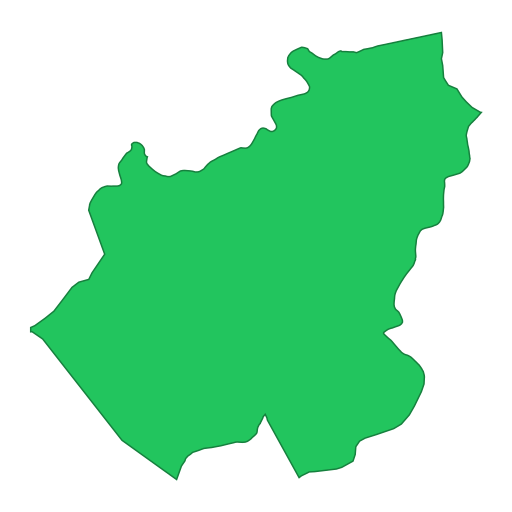 outline of Reunion, Choiseul, Saint Lucia
{"feature_id": "8701671B26165957358131", "entity_name": "Reunion", "entity_type": "district", "adm_level": 2, "iso_a3": "LCA", "parent_name": "Saint Lucia", "parent_adm1": "Choiseul", "projection": "mercator", "projection_center": [-61.044, 13.779], "detail": "fine", "context": "isolated", "style": "filled", "palette": "green", "viewbox_px": 512, "rotation_deg": 0, "n_neighbors": 0, "source": "geoboundaries", "source_scale": "gbopen_adm2", "svg_char_len": 6025}
<svg xmlns="http://www.w3.org/2000/svg" viewBox="0 0 512 512"><path d="M424.3,378.1L424.4,377.0L424.2,375.2L423.6,372.9L423.3,371.7L422.9,370.9L422.3,370.0L421.9,369.1L421.0,367.7L419.3,365.3L418.9,364.8L417.5,363.5L416.6,362.5L414.9,360.9L413.4,359.4L411.0,357.2L409.2,356.1L407.6,355.3L405.2,354.6L403.7,353.9L401.5,352.4L400.6,351.3L399.5,350.2L398.1,348.7L394.1,344.0L392.1,341.6L390.8,340.2L389.3,339.0L388.0,337.9L385.1,335.2L383.9,334.0L383.6,333.3L383.7,332.5L384.3,332.0L386.1,330.6L388.1,329.3L389.1,328.9L390.2,328.5L391.1,328.2L392.2,328.0L394.8,327.0L398.9,325.6L400.1,325.0L400.8,324.4L401.6,323.7L402.1,322.8L402.5,322.1L402.4,320.3L402.0,319.1L401.3,317.3L399.8,314.0L398.8,312.2L397.8,311.2L396.0,309.7L395.2,308.7L394.7,307.5L394.3,306.6L394.2,305.8L394.0,304.5L394.1,302.0L394.5,298.5L394.6,296.8L394.8,295.1L395.2,293.6L395.8,291.9L396.3,290.6L400.0,283.8L401.7,281.0L402.5,279.8L404.0,277.4L405.5,275.3L406.4,274.0L408.8,271.0L410.9,268.3L412.5,266.4L413.3,265.2L414.1,263.4L414.8,261.2L415.5,259.7L415.4,258.6L415.8,257.0L415.8,256.0L415.4,251.0L415.4,249.1L415.7,245.9L416.0,244.1L416.4,239.8L417.0,237.6L417.5,236.4L417.9,235.3L419.8,231.8L420.4,230.8L422.1,229.3L423.1,228.9L425.0,228.2L427.9,227.5L429.7,227.1L431.5,226.6L433.0,226.1L433.7,225.7L436.0,224.9L437.5,224.1L437.8,223.8L438.4,223.3L439.6,221.9L440.2,220.9L440.7,220.0L441.1,218.8L441.4,217.9L442.0,216.0L442.3,215.5L442.8,213.8L443.2,211.2L443.4,209.1L443.6,207.3L443.5,204.3L443.5,201.9L443.4,199.0L443.5,194.9L443.7,192.7L444.0,189.7L444.7,186.5L444.7,185.0L444.6,182.9L444.4,181.1L444.5,180.6L444.7,179.3L445.8,178.0L447.9,176.8L448.9,176.4L453.3,175.2L459.9,173.2L460.8,172.6L462.0,171.8L462.9,171.0L466.7,167.3L467.5,166.2L468.3,164.6L468.9,163.1L469.5,161.6L470.0,158.4L469.7,157.3L469.6,155.7L469.2,153.4L469.0,151.0L468.3,147.4L468.0,146.2L467.6,144.4L467.4,142.6L467.2,141.4L466.8,138.4L466.4,136.7L466.2,135.5L466.4,134.2L466.9,131.8L467.7,129.1L468.5,126.5L468.7,126.2L470.9,123.5L471.9,122.5L472.3,122.2L474.0,120.4L474.4,120.1L476.4,117.9L476.9,117.5L477.5,116.8L477.7,116.5L481.3,112.4L480.2,112.2L472.0,107.4L466.3,101.9L461.9,97.0L456.9,88.9L453.1,87.3L448.4,85.3L445.5,80.8L443.6,77.6L442.7,65.6L441.4,58.7L442.7,52.6L442.1,39.9L441.4,32.5L379.6,45.6L378.0,45.9L374.9,46.9L372.5,47.8L371.1,48.0L367.8,48.7L363.7,49.4L361.9,50.3L358.5,51.9L356.5,52.7L353.5,51.9L349.7,51.9L345.7,51.6L341.9,51.6L340.9,50.9L340.0,51.1L338.4,51.7L335.6,53.8L333.3,55.0L329.3,58.4L327.5,59.1L324.3,59.1L322.6,58.9L318.4,57.4L315.5,55.8L312.0,53.1L309.4,51.6L307.6,48.7L306.4,48.3L304.6,47.7L302.3,47.3L301.4,47.3L297.1,49.2L293.6,50.9L292.9,51.3L291.5,52.3L290.9,52.9L290.4,53.5L288.8,55.6L287.8,57.7L287.5,60.6L287.5,61.3L287.7,63.0L287.9,63.9L288.4,65.0L288.8,65.7L290.2,67.5L291.0,68.3L293.1,69.6L294.6,70.6L295.4,71.2L300.7,74.8L301.7,75.6L302.8,76.8L303.8,78.1L304.7,79.0L305.6,80.0L306.7,81.4L307.6,82.9L309.1,85.6L309.5,86.5L309.6,87.7L309.4,88.9L309.1,90.1L308.3,91.4L307.5,92.3L306.1,93.1L304.9,93.7L304.0,94.0L298.0,95.3L291.5,97.4L286.2,98.7L282.0,99.9L279.1,101.0L276.2,102.4L274.6,103.6L272.8,105.4L271.9,106.5L271.5,107.7L271.2,108.9L271.3,114.3L271.4,115.8L271.6,116.3L272.8,118.5L273.5,119.7L275.2,122.8L275.9,124.1L276.4,125.2L276.6,127.1L276.3,128.5L274.7,130.4L273.3,131.2L272.3,131.5L271.3,131.5L270.4,131.4L268.3,130.3L267.2,129.7L266.3,128.9L265.5,128.6L264.4,128.3L263.4,128.1L262.7,128.1L262.2,128.2L261.4,128.4L260.8,128.7L259.7,129.6L258.7,130.6L257.8,132.3L257.1,133.9L256.7,134.5L255.6,136.5L254.6,138.7L252.3,142.8L251.3,144.4L250.0,145.9L249.6,146.3L248.4,147.2L247.8,147.6L247.0,147.9L245.6,148.2L242.7,148.0L241.4,147.8L240.8,147.8L239.9,148.1L237.1,149.3L236.0,149.8L230.0,152.4L228.1,153.2L223.6,155.2L219.7,156.8L217.9,157.7L215.6,159.2L214.2,160.0L211.8,161.2L210.3,162.1L209.7,162.7L207.7,164.4L205.3,167.1L204.7,167.9L203.8,169.0L200.0,171.3L198.1,171.9L196.1,172.0L195.3,172.0L193.8,171.6L192.9,171.3L190.0,170.9L185.0,170.5L183.6,170.5L182.5,170.6L180.4,171.0L178.8,172.0L176.1,173.8L174.2,174.7L171.1,176.2L170.3,176.5L169.4,176.6L168.1,176.6L167.0,176.5L165.4,176.0L164.4,175.9L162.9,175.7L161.4,175.2L158.7,173.7L157.3,172.9L155.1,171.5L152.2,169.1L148.8,166.0L147.2,164.0L146.8,163.4L146.6,162.9L146.5,161.5L147.1,157.6L147.4,156.8L146.8,156.6L145.9,156.1L145.2,155.2L144.6,154.2L144.3,153.1L144.4,149.7L144.0,148.5L143.6,147.6L142.3,145.7L141.5,144.9L140.8,144.3L139.4,143.3L138.4,143.0L137.2,142.5L136.5,142.4L135.3,142.4L134.6,142.4L133.6,142.6L132.0,143.8L131.6,144.4L131.6,145.3L131.9,145.9L131.9,147.3L131.5,149.3L131.0,150.1L130.4,150.8L130.0,151.1L128.0,152.5L126.9,153.0L126.0,154.0L123.0,158.0L121.8,160.0L119.7,162.6L118.9,164.0L118.6,165.2L118.4,166.5L118.3,167.9L118.6,170.4L119.1,172.4L119.8,175.1L121.0,178.8L121.3,179.9L121.5,181.1L121.7,182.6L121.4,184.0L120.5,184.9L119.2,185.7L117.7,186.0L117.1,186.1L115.7,186.1L114.0,186.1L112.9,186.1L111.2,186.2L107.2,186.0L104.8,186.6L103.3,187.2L102.6,187.4L101.4,188.0L99.9,189.1L98.5,190.6L97.4,191.4L96.3,192.6L94.9,194.6L91.7,200.0L90.2,202.9L89.8,204.1L89.6,204.8L89.6,205.3L88.7,210.2L104.7,254.2L92.0,272.9L88.8,279.4L78.8,282.2L72.0,287.4L62.9,299.5L53.9,311.2L45.2,318.2L34.8,325.7L30.7,327.5L30.7,331.8L32.1,331.7L42.7,339.0L122.0,440.3L176.6,479.5L181.4,466.1L182.7,464.1L184.9,460.9L185.6,458.6L187.9,456.0L190.5,454.2L192.7,452.3L195.6,451.4L198.6,450.4L201.5,449.3L204.0,448.4L208.8,447.8L211.6,447.5L216.8,446.5L220.7,445.8L228.4,443.9L233.6,442.7L235.8,442.1L237.7,442.0L238.7,442.1L242.4,442.3L245.1,442.1L247.0,441.5L247.8,441.1L249.7,439.8L251.0,438.8L252.3,437.4L254.1,435.9L255.6,434.5L256.6,433.3L257.0,432.2L257.4,428.9L257.8,427.3L259.2,424.5L260.2,423.5L260.5,422.6L262.7,418.2L263.2,416.7L265.2,414.3L266.9,417.8L267.4,420.1L299.1,477.6L301.4,475.8L309.3,471.9L314.7,471.6L336.4,469.0L341.8,467.3L353.0,461.1L355.2,454.5L355.8,446.7L359.6,441.1L365.1,438.1L376.5,434.5L393.7,428.6L401.4,424.0L409.3,414.9L414.4,406.0L421.4,391.6L424.0,384.0L424.3,378.1Z" fill="#22c55e" stroke="#15803d" stroke-width="1.5"/></svg>